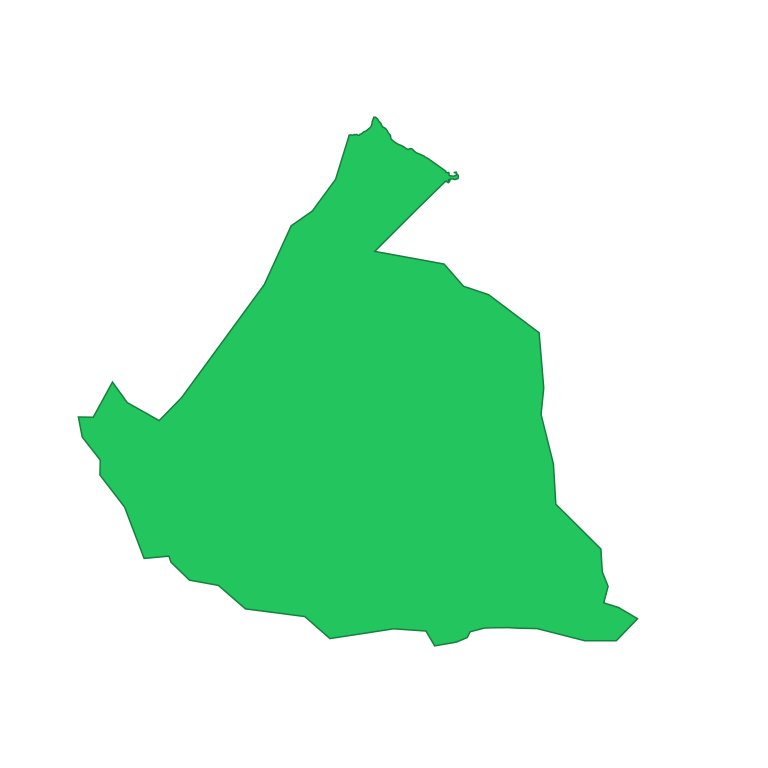 Tarialan, Hövsgöl, Mongolia (orthographic projection), rotated 281°
{"feature_id": "93677404B32165000008525", "entity_name": "Tarialan", "entity_type": "district", "adm_level": 2, "iso_a3": "MNG", "parent_name": "Mongolia", "parent_adm1": "Hövsgöl", "projection": "orthographic", "projection_center": [102.556, 49.659], "detail": "fine", "context": "isolated", "style": "filled", "palette": "green", "viewbox_px": 768, "rotation_deg": 281, "n_neighbors": 0, "source": "geoboundaries", "source_scale": "gbopen_adm2", "svg_char_len": 4993}
<svg xmlns="http://www.w3.org/2000/svg" viewBox="0 0 768 768"><g transform="rotate(281 384 384)"><path d="M383.6,544.2L383.9,544.0L384.0,544.0L410.5,541.6L463.9,526.5L463.9,526.4L491.6,469.7L495.1,443.4L513.2,420.1L512.4,349.6L561.6,382.8L561.9,383.0L593.6,404.9L593.7,404.7L593.8,404.7L594.1,404.8L594.2,405.1L594.2,405.5L594.6,406.0L594.9,406.3L595.0,406.7L594.9,407.0L594.6,407.2L594.4,407.3L594.3,407.5L594.3,408.0L594.1,408.2L593.9,408.4L593.9,408.6L593.9,408.8L594.2,409.1L594.6,409.3L594.9,409.5L595.3,409.7L595.6,409.8L595.8,409.7L596.1,409.6L596.2,409.3L596.1,409.2L595.9,409.0L596.0,408.7L596.3,408.4L596.7,408.4L597.0,408.5L597.3,408.8L597.3,409.1L597.2,409.4L597.0,409.6L596.7,409.7L596.6,409.8L596.8,409.8L597.0,409.9L597.5,409.9L597.7,410.1L597.9,410.4L598.1,411.1L598.2,411.4L598.3,411.7L598.4,412.2L598.4,412.7L598.3,413.3L598.2,414.0L598.2,414.5L598.3,414.7L598.4,415.1L598.6,415.4L598.9,415.7L599.1,416.0L599.2,416.6L599.4,416.9L599.7,417.3L600.3,417.5L600.8,417.6L601.3,417.5L601.6,417.5L601.9,417.3L602.2,417.2L602.6,417.1L603.0,417.0L603.2,416.8L603.3,416.6L603.5,416.2L603.7,415.9L603.9,415.5L604.2,415.2L604.6,415.0L604.9,414.8L605.3,414.7L605.6,414.7L605.8,414.6L605.8,414.4L605.5,414.3L605.4,414.1L605.3,413.8L605.3,413.3L605.2,412.9L605.1,412.7L604.9,412.8L604.9,413.0L604.9,413.3L605.0,413.4L605.1,413.7L604.9,414.0L604.7,414.4L604.4,414.8L604.1,415.0L603.9,415.1L603.3,415.2L603.0,415.1L602.8,415.0L602.6,414.7L602.3,414.3L602.1,413.8L601.9,413.7L601.7,413.5L601.6,413.3L601.4,412.9L601.2,412.5L601.2,411.9L601.2,411.1L601.1,410.3L601.0,409.5L601.1,408.8L601.2,408.4L601.4,408.1L601.6,407.9L601.9,407.8L602.3,407.7L602.8,407.7L603.3,407.6L603.5,407.6L603.9,407.3L604.0,407.1L603.9,406.8L603.9,406.6L603.7,406.3L603.6,406.2L603.5,405.8L603.5,405.4L603.6,404.9L603.8,404.5L604.0,404.2L604.7,404.0L613.5,384.7L614.4,382.2L614.6,381.1L615.4,379.8L615.4,379.4L615.6,378.5L615.8,377.9L616.0,377.0L616.1,376.7L616.4,375.2L616.5,374.9L616.7,373.7L616.8,373.2L616.9,372.9L617.0,372.4L617.1,372.1L617.3,371.5L617.5,371.0L617.7,370.5L617.9,370.0L618.2,369.5L618.4,369.1L618.6,368.8L619.0,368.4L619.3,368.0L619.7,367.5L620.0,366.9L620.1,366.5L620.2,366.1L620.2,365.7L620.2,365.3L620.0,364.8L619.8,364.4L619.5,363.9L619.3,363.6L619.1,363.1L618.9,362.8L618.9,362.5L619.0,362.1L619.0,361.7L619.1,361.3L619.2,361.0L619.3,360.8L619.4,360.4L619.6,360.1L619.8,359.8L620.0,359.4L620.2,358.9L620.4,358.5L620.6,358.0L620.7,357.9L620.7,357.5L620.8,357.4L621.1,356.6L621.2,356.3L621.3,356.0L621.4,355.6L621.5,355.1L621.6,354.6L621.6,354.2L621.8,353.0L622.0,352.3L622.1,352.1L622.1,351.9L622.2,351.7L622.4,351.2L622.6,350.5L622.8,350.1L623.0,349.6L623.3,348.8L623.6,348.1L624.0,347.3L624.4,346.6L624.7,346.0L625.0,345.5L625.2,345.1L625.5,344.7L625.9,344.3L626.2,344.0L626.6,343.8L627.3,343.5L627.7,343.3L628.0,343.3L628.3,343.3L628.4,343.2L628.8,343.1L629.3,342.8L629.7,342.5L630.0,342.1L630.3,341.7L630.5,341.4L630.9,340.9L631.3,340.5L631.5,340.2L631.8,339.9L632.1,339.7L632.4,339.5L632.8,339.2L633.2,338.8L633.7,338.3L634.2,337.9L634.4,337.7L634.6,337.3L635.0,336.9L635.1,336.6L635.3,336.1L635.6,335.6L635.7,335.1L635.8,334.6L635.9,334.2L636.2,333.8L636.4,333.4L636.7,333.0L637.0,332.7L637.6,332.3L638.2,331.9L638.7,331.6L639.2,331.3L639.6,330.9L639.8,330.6L640.1,330.1L640.3,329.7L640.5,329.4L640.6,329.2L640.9,328.9L641.4,328.4L641.8,328.0L642.1,327.8L642.4,327.6L642.8,327.3L643.2,326.8L643.4,326.3L643.7,325.8L644.0,325.4L644.1,324.9L644.2,324.4L644.2,323.9L644.0,323.1L643.4,323.0L643.0,323.0L642.8,323.0L642.3,322.8L641.8,322.8L641.1,322.7L640.2,322.5L639.7,322.4L639.0,322.4L637.7,322.5L636.4,322.5L635.4,322.4L634.6,322.2L634.1,322.0L633.8,321.9L633.6,321.8L632.8,321.2L632.2,320.7L631.6,320.2L631.1,319.8L630.7,319.5L630.3,319.2L629.8,318.9L629.4,318.5L628.9,318.1L628.7,317.7L628.4,317.3L628.2,316.9L628.0,316.5L627.6,316.0L627.3,315.7L627.0,315.4L626.6,315.2L626.3,314.9L625.8,314.6L625.4,314.3L625.1,314.0L625.0,313.7L624.9,313.5L624.8,313.4L624.6,313.1L624.4,312.7L624.0,312.5L623.6,312.1L623.2,311.7L623.2,311.3L623.2,310.9L623.2,310.6L623.4,310.4L623.5,310.1L623.7,309.8L623.7,309.4L623.6,309.0L623.4,308.6L623.2,308.1L623.3,307.5L623.1,307.2L622.9,306.9L622.7,306.5L622.5,306.3L622.4,306.0L622.3,305.6L622.2,305.3L622.2,304.8L622.2,304.4L622.2,303.9L622.1,303.4L621.6,302.3L621.4,302.2L619.9,302.2L575.6,297.4L540.1,280.6L521.6,262.7L458.7,247.5L332.0,187.9L305.2,170.3L305.2,170.2L316.8,135.4L334.1,117.1L295.9,104.9L293.3,90.3L274.3,97.9L255.2,119.9L255.1,120.0L240.5,122.5L240.4,122.6L213.6,152.9L167.0,181.8L174.0,205.8L168.5,208.8L154.3,230.5L154.7,259.8L136.8,290.9L140.6,350.6L123.8,379.5L145.5,440.1L149.5,472.3L136.6,483.7L144.5,504.4L151.0,514.1L157.2,515.8L163.6,529.2L165.8,538.9L165.8,539.0L168.3,551.3L168.4,551.6L170.1,563.7L170.2,563.9L173.1,581.0L170.3,630.1L176.3,661.0L202.0,677.7L209.2,657.3L209.3,657.3L211.1,641.5L228.1,642.6L241.3,634.1L263.4,628.4L298.8,575.6L337.8,565.6L383.6,544.2Z" fill="#22c55e" stroke="#15803d" stroke-width="1.5"/></g></svg>